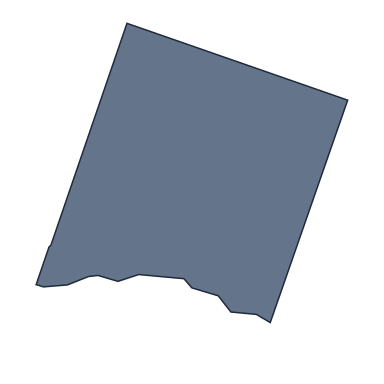 the district of Butler, Nebraska, United States of America, rotated 199°
{"feature_id": "52423323B7887140210254", "entity_name": "Butler", "entity_type": "district", "adm_level": 2, "iso_a3": "USA", "parent_name": "United States of America", "parent_adm1": "Nebraska", "projection": "albers", "projection_center": [-97.07, 41.251], "detail": "fine", "context": "isolated", "style": "filled", "palette": "slate", "viewbox_px": 384, "rotation_deg": 199, "n_neighbors": 0, "source": "geoboundaries", "source_scale": "gbopen_adm2", "svg_char_len": 395}
<svg xmlns="http://www.w3.org/2000/svg" viewBox="0 0 384 384"><g transform="rotate(199 192 192)"><path d="M307.1,330.3L308.4,330.3L308.1,95.7L309.3,93.5L309.2,55.7L309.2,53.7L301.6,53.9L279.5,63.6L262.3,78.4L253.7,82.5L232.9,83.4L215.5,96.6L171.4,107.4L160.9,101.3L133.4,102.4L116.2,91.2L91.3,97.2L75.5,94.0L74.7,329.5L307.1,330.3Z" fill="#64748b" stroke="#1e293b" stroke-width="1.5"/></g></svg>